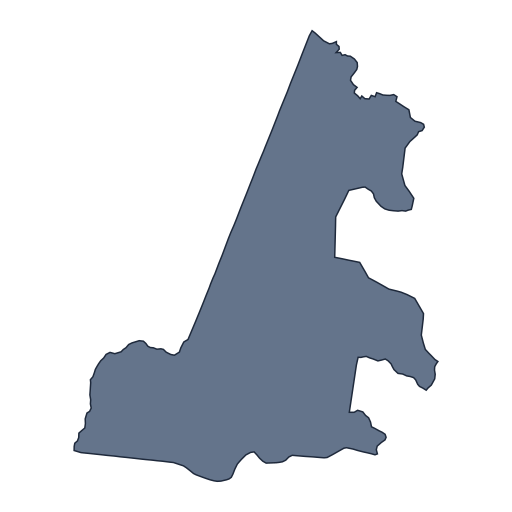 outline of Mirassol d'Oeste, Mato Grosso, Brazil
{"feature_id": "56859067B78594820692492", "entity_name": "Mirassol d'Oeste", "entity_type": "district", "adm_level": 2, "iso_a3": "BRA", "parent_name": "Brazil", "parent_adm1": "Mato Grosso", "projection": "orthographic", "projection_center": [-58.043, -15.604], "detail": "fine", "context": "isolated", "style": "filled", "palette": "slate", "viewbox_px": 512, "rotation_deg": 0, "n_neighbors": 0, "source": "geoboundaries", "source_scale": "gbopen_adm2", "svg_char_len": 3777}
<svg xmlns="http://www.w3.org/2000/svg" viewBox="0 0 512 512"><path d="M426.2,390.2L428.0,388.0L431.3,385.1L433.1,381.8L434.7,378.9L435.2,374.3L434.5,370.1L434.7,366.7L436.2,363.9L437.9,361.5L434.9,359.5L431.0,355.4L428.7,353.1L425.3,349.4L423.3,342.9L421.3,335.1L423.2,319.1L423.5,313.6L414.7,298.4L407.1,294.6L401.1,292.2L397.5,291.2L388.9,289.1L377.1,282.4L368.5,277.8L365.6,272.6L359.7,262.4L352.4,260.9L348.8,260.2L342.8,258.9L334.7,257.3L335.5,226.4L335.6,220.5L335.7,216.9L344.7,199.0L348.8,190.4L362.6,187.2L365.2,187.1L368.0,189.1L371.3,191.0L373.5,193.9L374.3,197.7L376.3,201.3L381.0,206.3L384.8,208.9L389.0,210.2L393.1,210.7L398.1,211.1L402.0,210.6L405.7,211.1L408.3,210.1L411.3,209.4L412.2,205.9L413.8,198.3L409.1,191.2L404.9,185.5L401.7,173.9L402.7,167.6L405.1,148.1L409.9,141.5L412.6,139.1L417.2,134.9L418.6,131.7L422.1,130.6L424.3,127.2L423.6,124.3L420.7,122.6L414.9,121.2L410.4,117.5L408.9,109.8L403.9,106.7L395.8,101.4L397.0,96.7L393.7,94.6L390.0,95.4L386.7,95.3L382.9,95.0L379.8,93.7L376.6,92.7L375.1,96.7L371.3,95.4L369.1,99.0L364.9,98.7L361.8,96.0L360.2,98.7L357.6,95.7L354.3,93.0L354.6,90.3L357.1,87.4L353.4,84.6L350.5,80.3L351.1,76.9L354.5,72.6L356.8,69.4L357.5,66.4L357.2,62.6L354.4,59.0L350.3,56.2L347.5,56.0L345.1,54.7L342.1,55.4L340.3,52.4L336.1,52.6L339.2,49.2L339.0,46.5L336.4,44.3L336.4,41.6L332.3,43.4L329.4,43.8L323.6,40.8L315.1,33.0L312.1,30.7L309.3,35.8L302.0,54.4L297.8,65.3L290.6,83.1L287.3,91.9L279.6,110.6L277.9,115.2L272.1,130.0L264.8,148.0L263.7,150.9L261.1,157.0L258.1,164.3L256.1,169.0L254.3,173.8L252.1,179.5L250.8,182.7L246.9,192.7L240.7,208.1L237.4,216.7L236.0,220.3L233.8,225.7L230.9,232.3L228.6,238.0L222.3,254.9L218.9,263.3L214.9,273.9L213.1,277.8L210.7,283.7L209.2,287.9L205.9,296.0L204.1,300.6L202.5,304.6L199.1,313.0L197.6,316.6L195.6,321.5L188.0,339.5L183.8,342.0L180.8,347.9L179.4,352.1L174.4,355.2L170.8,354.5L166.2,352.2L163.4,349.4L160.9,348.8L156.9,349.2L153.4,347.8L150.2,347.5L147.8,346.2L145.9,343.5L143.4,341.2L139.2,340.7L132.0,342.9L128.7,344.5L126.0,347.7L123.3,349.5L121.1,351.8L114.8,353.7L110.0,352.4L106.1,354.4L103.7,358.0L100.7,360.8L98.6,363.8L97.1,366.3L95.4,369.3L94.3,372.9L92.9,376.8L90.4,379.7L90.7,382.7L90.4,387.3L90.2,390.7L89.9,394.9L90.7,399.8L90.4,403.9L91.2,408.1L89.6,411.4L87.0,413.0L86.0,416.2L85.2,418.9L85.4,423.7L84.8,428.0L81.5,430.8L78.9,433.1L78.7,437.6L77.4,441.0L74.8,443.2L74.2,446.3L74.1,450.5L81.0,452.6L83.8,452.9L88.9,453.4L94.5,454.0L101.2,454.7L107.3,455.4L114.9,456.1L120.2,456.8L126.4,457.4L133.7,458.2L141.5,459.1L146.3,459.6L152.0,460.1L156.9,460.7L162.4,461.2L169.6,462.1L173.4,462.5L179.1,464.4L183.4,465.8L186.3,467.7L190.0,470.6L193.5,473.5L196.1,474.8L199.6,476.1L202.3,477.1L206.2,478.5L210.1,479.8L214.0,480.8L217.2,481.3L220.9,481.1L226.5,479.8L229.1,478.9L231.3,477.3L232.9,474.1L234.8,469.2L237.3,464.1L239.0,462.1L241.4,459.4L245.9,454.9L250.6,452.4L254.1,451.9L257.0,455.0L259.6,458.2L262.8,461.2L266.1,463.1L276.2,462.7L278.9,462.4L282.4,461.8L285.7,460.2L288.8,457.0L292.2,455.3L296.8,455.7L305.1,456.4L313.1,456.9L318.8,457.4L324.1,457.8L327.1,457.5L332.4,454.7L336.1,452.6L340.5,450.1L343.9,448.2L346.5,447.7L353.2,449.1L357.4,450.4L360.9,451.3L363.7,452.0L367.4,452.8L371.2,453.7L375.0,454.8L377.4,453.9L376.3,449.7L377.2,446.1L381.3,442.5L385.0,439.9L386.1,437.3L385.1,434.3L382.2,432.3L378.9,430.7L374.4,428.2L371.5,426.8L370.5,422.0L368.6,417.8L365.5,415.4L362.8,411.9L357.6,410.3L354.2,412.3L349.3,412.3L356.4,364.9L358.1,357.3L360.9,357.4L363.5,356.8L366.3,356.4L369.7,357.9L373.2,359.0L377.9,360.9L381.4,360.1L385.3,359.0L388.1,360.8L391.1,363.9L392.4,366.7L394.0,369.6L398.0,373.4L402.6,374.0L406.7,375.9L410.2,376.5L413.6,377.6L415.7,379.9L417.7,384.3L419.5,386.4L422.7,388.0L426.2,390.2Z" fill="#64748b" stroke="#1e293b" stroke-width="1.5"/></svg>